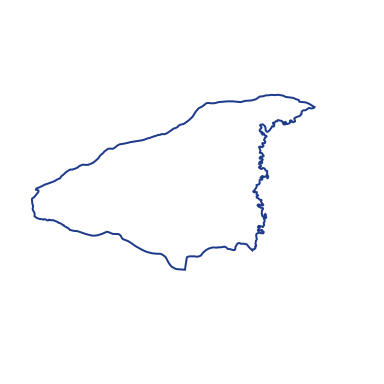 the district of Carmen De Apicala, Tolima, Colombia, rotated 60°
{"feature_id": "7082276B91357442595153", "entity_name": "Carmen De Apicala", "entity_type": "district", "adm_level": 2, "iso_a3": "COL", "parent_name": "Colombia", "parent_adm1": "Tolima", "projection": "orthographic", "projection_center": [-74.743, 4.131], "detail": "fine", "context": "isolated", "style": "outline", "palette": "blue", "viewbox_px": 384, "rotation_deg": 60, "n_neighbors": 0, "source": "geoboundaries", "source_scale": "gbopen_adm2", "svg_char_len": 6065}
<svg xmlns="http://www.w3.org/2000/svg" viewBox="0 0 384 384"><g transform="rotate(60 192 192)"><path d="M179.6,43.5L174.0,46.6L172.1,48.0L171.0,49.1L167.6,53.8L165.9,53.6L165.5,53.8L163.4,55.7L161.6,56.9L159.9,58.8L156.7,63.1L155.8,63.8L154.2,64.8L150.9,68.7L149.7,71.5L147.5,74.8L146.9,76.5L145.2,79.9L144.8,82.0L143.2,85.8L143.6,89.4L143.5,90.8L143.2,91.9L142.5,94.6L139.7,100.3L138.5,104.9L133.6,111.8L131.3,115.8L127.6,123.7L126.3,128.3L124.8,131.0L122.9,133.5L122.4,135.0L122.4,136.7L122.8,137.4L122.7,138.1L123.1,140.7L122.8,143.5L123.0,145.0L124.2,148.4L127.1,153.9L128.4,159.3L128.9,165.0L127.9,168.7L127.9,170.5L128.4,171.9L128.5,173.0L128.4,174.3L127.9,176.0L128.6,184.2L128.2,186.9L126.8,189.0L126.5,191.0L125.5,193.4L125.4,194.9L124.6,197.9L124.0,201.9L123.5,203.1L122.8,207.2L122.1,209.8L118.0,220.5L116.9,224.5L114.5,231.0L114.5,233.5L115.1,237.7L114.7,239.6L113.5,241.1L112.6,243.2L113.1,247.8L113.8,249.3L114.5,253.3L116.0,256.2L117.2,262.5L117.1,264.6L116.5,268.5L115.1,271.0L114.1,272.2L113.6,273.2L113.2,276.6L113.6,278.8L113.5,280.3L112.8,284.2L112.6,284.8L111.9,285.7L111.6,287.1L111.8,291.1L112.7,294.8L113.0,297.3L114.1,299.4L114.1,299.9L113.8,301.3L113.8,306.0L112.7,312.6L112.1,315.1L111.7,321.8L111.2,323.8L111.3,324.9L111.6,325.8L111.9,326.0L113.7,324.3L114.4,324.4L115.2,325.2L117.2,330.2L117.6,331.6L117.6,333.1L117.8,333.8L118.3,334.3L122.5,336.2L124.4,336.5L126.9,338.4L127.8,338.8L131.5,338.9L132.6,339.4L134.2,340.5L136.8,339.5L139.2,337.4L140.9,335.1L141.6,334.6L141.6,333.7L142.2,332.8L144.3,331.4L144.9,329.9L144.6,329.6L144.8,329.3L146.2,328.0L146.8,326.5L150.8,323.3L151.7,323.1L154.3,320.9L155.4,320.7L156.7,319.7L157.6,319.7L159.2,318.6L160.1,318.3L160.9,317.6L162.3,317.0L163.6,316.8L166.4,314.0L168.8,310.6L175.4,304.9L179.2,301.0L180.3,299.6L181.5,297.3L182.4,294.8L183.3,290.7L183.8,286.0L184.2,285.2L185.3,284.1L188.5,281.7L189.6,280.2L191.2,277.4L192.2,276.3L194.2,275.6L197.3,275.7L198.4,275.3L202.3,272.1L205.2,270.5L210.8,267.9L217.5,263.9L221.2,261.2L225.1,257.2L228.0,253.2L229.3,250.8L231.0,249.2L234.2,247.7L235.7,247.4L242.0,247.6L245.3,247.3L246.8,246.8L249.2,245.4L250.5,244.4L251.4,243.4L255.8,237.0L247.2,230.1L246.1,229.1L245.9,228.7L246.4,226.6L246.8,225.7L248.8,222.3L250.7,219.8L251.4,217.4L251.4,215.9L250.0,212.5L249.3,208.9L249.4,205.7L250.2,202.4L250.9,200.9L252.5,198.5L253.2,196.6L254.3,194.7L255.6,191.2L257.0,190.1L259.1,189.5L260.0,188.5L260.5,187.6L262.7,185.5L263.4,184.5L263.5,183.9L263.1,183.2L261.3,181.8L259.6,178.9L259.4,177.6L259.8,176.7L260.6,175.9L261.4,175.4L262.4,173.3L264.6,170.9L265.3,170.6L268.6,170.2L272.8,168.9L272.1,167.9L272.7,166.7L272.4,165.6L272.1,164.9L270.9,164.7L270.7,164.4L270.7,163.4L269.7,163.0L268.6,163.0L267.7,162.1L266.3,161.2L265.5,159.7L265.1,159.4L261.7,158.2L260.8,157.4L260.5,156.5L260.7,154.5L261.2,153.7L262.2,152.8L263.2,151.3L263.3,150.9L262.9,150.2L262.4,149.9L261.9,150.1L261.5,150.3L261.3,150.8L260.9,150.9L260.5,150.4L259.9,150.4L259.5,151.0L259.4,152.4L259.0,153.8L258.7,154.2L258.2,154.2L257.9,154.0L256.9,151.4L256.5,151.6L255.8,152.3L255.4,152.4L255.1,152.1L254.7,151.2L254.9,150.9L256.9,148.6L257.7,148.1L257.7,147.7L256.5,146.0L256.1,145.7L255.3,145.8L254.8,145.4L254.1,144.6L254.0,144.1L253.3,143.5L252.3,143.1L251.1,143.2L250.8,143.0L250.7,142.0L251.4,141.3L251.3,140.5L249.4,140.0L248.6,139.4L247.9,139.5L247.7,139.7L247.9,140.4L249.0,141.2L249.5,142.1L249.5,142.5L248.0,143.1L245.9,142.5L243.1,140.8L242.3,139.1L241.6,138.7L241.2,138.9L239.9,140.4L238.8,140.6L238.4,141.4L237.2,141.9L236.2,141.8L236.0,140.7L236.6,140.0L237.4,140.2L237.8,138.8L238.8,138.0L239.0,137.5L238.8,136.7L238.1,136.6L237.4,137.2L236.9,137.3L235.9,136.9L234.8,137.1L234.3,136.7L233.8,135.9L233.5,135.9L233.0,136.8L232.3,137.4L230.8,137.6L229.7,138.5L229.2,138.7L228.5,138.5L228.0,136.5L227.6,136.5L226.7,137.2L226.2,137.3L225.0,136.2L224.6,136.0L223.7,136.9L223.3,138.4L222.7,138.7L222.1,138.6L221.8,137.1L220.1,133.8L219.5,133.1L218.3,132.6L218.8,130.3L218.5,129.2L216.0,127.8L215.5,127.2L215.6,126.3L216.2,125.6L216.3,125.1L216.0,124.7L214.7,124.7L213.9,125.3L213.6,124.9L213.3,123.1L213.6,122.8L214.9,122.9L215.1,121.2L215.7,120.0L216.3,119.6L217.7,119.8L217.7,119.1L217.1,118.5L215.8,118.2L214.8,119.1L214.5,118.9L214.1,117.8L212.5,117.3L211.9,116.6L211.4,116.5L210.1,117.4L208.3,117.4L207.2,117.9L206.7,118.6L206.8,120.2L206.6,120.6L204.6,121.6L204.1,121.6L203.9,121.2L204.5,120.6L204.5,120.2L204.1,119.3L202.9,119.0L202.0,119.7L201.3,119.9L200.8,119.6L199.8,118.4L199.7,117.7L200.5,117.4L201.8,117.4L201.9,116.8L201.5,116.4L199.9,116.0L199.4,114.6L199.0,114.5L198.1,114.8L197.2,116.4L196.8,116.6L196.4,116.5L196.0,115.7L195.7,114.6L196.7,113.5L196.8,113.1L196.7,112.1L196.4,111.8L193.2,112.1L192.3,113.5L192.0,113.6L191.6,113.5L191.3,112.7L190.5,112.1L186.6,111.4L186.6,110.6L186.8,110.2L187.4,110.1L187.6,109.3L188.2,108.7L188.1,107.5L187.7,107.0L185.9,107.2L185.2,106.9L184.9,106.3L185.9,105.1L185.9,104.2L184.9,103.3L182.9,103.6L182.3,102.5L181.4,101.8L181.5,100.5L181.0,99.6L180.6,99.6L179.0,100.8L177.8,100.4L176.8,100.7L176.7,101.3L177.4,101.8L177.5,102.2L177.3,102.3L176.2,102.5L175.3,101.5L174.8,101.4L174.4,101.7L174.4,102.3L173.4,102.9L172.6,102.7L171.9,102.1L171.4,100.2L170.9,99.5L168.5,99.7L168.2,99.6L168.0,98.9L168.5,98.0L168.8,96.9L171.0,96.0L173.0,96.2L175.5,97.4L177.2,97.1L177.7,96.5L177.4,94.1L176.0,91.0L175.2,89.9L175.3,89.4L176.1,88.5L176.0,87.9L174.6,87.0L174.1,87.1L173.6,87.6L173.0,87.6L172.7,87.3L172.7,86.5L173.2,85.5L172.7,84.4L172.7,83.8L173.3,82.8L172.7,82.0L172.7,81.5L174.1,80.2L175.2,78.8L176.4,78.8L177.1,78.3L177.6,78.3L178.1,78.8L178.8,78.9L179.7,78.3L180.0,77.6L179.9,77.2L177.8,76.6L177.9,76.2L178.5,75.9L180.4,75.9L180.9,75.3L181.1,73.5L181.0,72.7L180.8,72.1L179.5,71.8L179.3,71.4L179.4,70.6L179.9,70.1L181.6,70.1L182.2,69.5L182.4,67.6L182.2,67.3L179.8,66.8L179.3,66.3L179.3,64.4L180.0,60.8L179.9,59.7L179.2,59.1L179.1,58.0L178.2,57.6L177.4,56.9L176.9,55.7L176.9,54.9L177.9,52.9L177.9,52.2L177.7,48.7L179.1,47.2L179.9,45.6L180.0,44.6L179.8,44.6L179.6,43.5Z" fill="none" stroke="#1e3a8a" stroke-width="2"/></g></svg>